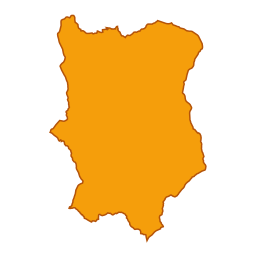 the district of Caldas, Antioquia, Colombia
{"feature_id": "7082276B42449949359128", "entity_name": "Caldas", "entity_type": "district", "adm_level": 2, "iso_a3": "COL", "parent_name": "Colombia", "parent_adm1": "Antioquia", "projection": "natural_earth1", "projection_center": [-75.63, 6.049], "detail": "fine", "context": "isolated", "style": "filled", "palette": "amber", "viewbox_px": 256, "rotation_deg": 0, "n_neighbors": 0, "source": "geoboundaries", "source_scale": "gbopen_adm2", "svg_char_len": 5712}
<svg xmlns="http://www.w3.org/2000/svg" viewBox="0 0 256 256"><path d="M175.1,196.8L177.2,195.6L177.6,194.9L178.4,194.1L178.7,193.4L181.7,189.6L183.5,187.9L184.3,186.7L184.8,185.2L185.9,183.6L187.8,181.8L188.6,181.4L189.6,180.4L191.0,178.6L191.6,178.1L192.1,177.1L194.1,176.4L195.0,175.3L196.0,174.7L196.7,173.9L197.7,173.6L202.0,171.1L205.0,170.0L205.5,169.0L205.7,167.6L205.9,166.5L205.7,165.6L205.4,164.9L204.5,163.9L203.4,162.1L203.5,160.6L202.9,159.3L203.0,158.3L203.9,156.5L202.7,152.7L202.1,151.8L201.7,149.9L201.4,148.0L201.6,147.3L201.5,145.8L201.7,144.5L201.6,143.6L201.3,142.7L200.7,141.8L200.6,140.9L200.9,140.3L201.1,137.8L200.8,135.8L200.1,134.2L199.5,133.4L199.0,133.4L198.5,132.9L197.6,133.0L194.7,129.5L193.2,128.9L193.0,127.4L192.7,126.5L192.2,125.7L191.4,123.9L190.8,122.9L190.5,121.4L189.9,119.7L189.9,118.6L189.6,113.1L189.8,111.6L191.4,108.7L191.6,107.8L191.5,107.3L190.1,104.6L189.1,103.6L187.2,102.2L185.9,100.8L185.6,100.1L185.2,98.3L185.0,96.3L184.6,95.3L184.2,94.5L182.6,93.0L182.5,92.5L183.4,88.0L183.6,86.3L184.2,84.1L183.7,82.2L183.8,81.9L184.0,81.5L185.7,80.1L186.0,79.5L187.0,74.7L188.3,70.4L188.7,69.9L189.7,69.1L191.8,68.1L192.4,67.5L193.4,66.0L193.7,65.2L193.9,62.3L194.5,60.9L194.8,59.1L198.0,54.3L198.6,52.5L199.3,51.7L199.8,51.5L200.3,50.9L200.8,49.5L202.2,48.8L202.5,47.6L202.5,46.2L202.1,43.6L198.4,36.1L197.4,35.0L192.2,31.5L190.9,31.2L189.2,31.2L186.6,30.7L183.9,28.9L180.1,28.0L178.9,26.8L177.3,26.5L175.6,25.7L173.1,24.9L171.8,23.2L171.5,22.9L170.3,23.5L169.6,23.6L168.3,23.8L167.4,23.7L166.1,23.5L157.6,20.6L157.2,21.2L156.1,21.9L154.9,22.9L153.4,23.3L152.2,24.1L148.0,24.1L147.3,24.4L146.3,25.6L145.7,27.3L144.4,28.5L142.6,29.1L141.9,29.0L141.2,29.4L140.5,30.1L139.8,31.2L138.8,31.1L136.4,32.3L135.1,32.0L133.6,32.4L132.6,33.8L131.3,34.5L130.5,35.3L130.1,35.5L127.4,35.2L125.7,36.8L125.3,37.5L122.9,35.9L121.6,35.8L120.3,33.3L120.1,32.5L119.6,31.8L119.0,31.6L117.7,29.6L118.1,29.0L117.5,27.4L117.5,26.4L116.8,26.5L116.5,26.7L115.5,28.3L115.4,28.8L114.9,28.6L113.9,29.1L112.7,28.9L112.2,29.1L111.8,29.1L111.3,28.7L110.8,28.6L110.2,28.2L109.3,28.0L108.4,28.1L108.1,27.9L106.7,27.7L107.2,28.2L106.6,28.2L106.5,28.5L107.9,29.1L107.8,29.3L107.5,29.6L105.4,29.2L104.6,29.5L102.5,29.7L102.5,30.8L102.9,32.0L102.1,32.4L101.3,32.5L100.8,32.3L100.1,32.3L97.7,31.0L97.3,31.1L97.3,32.0L97.0,32.3L96.7,33.2L94.8,33.2L93.7,33.8L92.8,33.7L92.1,33.0L89.2,33.4L86.7,33.4L85.9,33.0L84.4,31.6L83.3,30.9L82.7,30.7L81.5,30.9L80.9,30.8L80.8,29.4L79.8,29.0L78.6,28.1L78.1,26.5L77.9,24.5L76.5,23.2L75.2,22.3L74.8,20.1L74.8,17.7L74.5,16.7L73.7,15.5L72.3,15.4L71.5,15.5L71.1,15.7L69.9,17.6L69.7,17.8L67.5,17.0L66.2,17.1L64.5,18.9L62.9,19.4L61.4,20.2L61.1,21.0L61.0,21.9L61.1,25.5L59.9,30.5L59.4,31.7L58.8,32.6L57.8,33.3L57.7,33.6L57.6,34.3L57.9,36.5L58.5,38.6L59.2,41.9L59.6,43.0L62.6,49.1L63.4,53.3L64.0,55.2L65.2,57.1L65.2,57.7L64.7,59.9L64.0,61.5L63.4,62.3L62.1,63.3L61.1,64.4L60.4,65.4L60.1,66.2L61.6,70.0L64.3,75.1L65.4,76.8L66.5,80.2L67.2,81.8L67.5,82.2L67.7,84.3L67.9,85.2L67.9,86.9L68.1,88.7L67.8,90.2L66.6,92.6L66.6,93.2L66.8,94.3L68.1,97.4L68.1,98.3L67.5,99.6L68.6,102.2L68.7,102.7L68.6,104.3L68.9,105.0L68.9,106.3L69.4,107.1L68.9,108.0L68.3,108.6L68.2,109.2L68.0,109.5L67.7,110.4L66.3,111.3L66.1,111.8L66.1,112.2L66.8,113.2L66.4,114.6L66.4,115.5L67.4,117.0L67.3,117.8L67.5,118.9L67.3,119.4L66.3,120.2L64.3,121.2L63.4,121.2L59.7,120.5L55.9,124.8L53.5,128.2L52.7,128.9L51.7,129.1L51.1,129.6L50.9,129.9L50.4,131.8L50.1,132.3L52.0,133.2L54.1,135.2L56.8,137.1L57.9,138.3L58.4,139.8L59.3,141.0L60.7,139.9L61.1,140.2L61.3,141.5L62.5,140.9L63.9,141.3L64.2,141.8L64.6,144.2L65.1,144.6L65.6,145.6L67.5,145.9L68.4,146.9L68.6,148.2L68.8,148.6L70.7,150.3L71.0,152.0L71.3,152.4L71.5,153.4L71.1,154.9L71.1,156.1L72.5,158.1L72.5,159.3L72.8,160.2L74.1,161.8L75.3,162.3L76.1,163.9L76.4,166.2L76.3,167.7L76.5,168.9L78.5,172.6L79.7,176.5L81.4,179.3L82.6,180.4L83.0,181.2L82.5,183.1L80.6,183.8L78.6,185.0L78.0,185.7L75.9,190.1L75.3,193.9L74.5,196.1L74.0,197.9L73.1,200.0L72.9,201.0L72.9,202.1L72.0,204.3L71.9,205.4L71.0,206.2L70.6,206.8L69.6,206.9L69.1,208.3L70.2,208.5L71.1,208.1L71.8,208.3L73.9,207.7L74.7,207.8L75.4,208.1L75.9,208.9L77.3,209.7L78.0,210.5L78.7,211.4L79.6,212.0L80.3,213.2L80.8,213.5L81.5,214.7L82.4,214.7L83.1,215.9L84.1,216.7L84.2,217.8L84.4,218.3L85.9,218.8L88.1,220.2L91.4,222.0L91.8,221.8L92.1,221.1L92.4,220.9L94.2,220.9L95.5,221.4L96.5,220.6L97.0,219.5L98.5,219.3L98.6,218.8L98.3,218.2L98.5,217.1L98.6,215.2L98.9,214.6L99.3,214.4L99.9,214.4L101.2,215.3L102.3,215.6L104.2,215.1L105.7,214.5L106.6,213.9L107.6,213.0L107.9,212.9L109.0,213.3L110.4,213.3L112.0,214.6L112.9,214.9L115.3,213.4L115.8,213.3L116.4,213.6L116.8,213.5L118.9,212.2L120.3,212.4L121.6,212.3L122.3,212.7L122.8,212.8L123.8,213.5L124.8,213.9L125.4,214.5L125.7,215.2L126.7,216.1L126.5,218.0L127.2,218.4L128.2,220.8L129.5,222.5L129.7,223.2L129.8,224.3L130.4,225.5L131.1,226.4L132.3,227.3L133.1,227.7L134.3,229.0L134.7,229.3L135.5,229.3L136.6,229.1L138.1,229.1L139.8,229.8L140.6,231.3L140.7,232.2L140.7,233.4L140.9,233.7L142.5,233.7L143.4,234.5L145.3,234.6L145.9,234.9L146.2,237.0L147.0,240.6L148.4,237.9L149.3,236.8L152.0,234.9L154.5,232.0L156.2,230.7L160.5,228.8L160.7,227.8L161.0,227.4L163.3,226.7L163.3,226.4L162.9,226.1L162.9,225.7L162.5,225.0L162.1,224.7L161.3,223.6L161.2,222.8L160.5,221.9L160.1,221.7L159.8,219.3L159.5,218.3L159.4,217.0L160.0,215.5L161.7,214.8L162.0,214.4L162.2,212.7L162.7,211.7L162.8,210.9L162.6,209.6L162.3,208.7L163.4,205.3L163.2,204.3L163.5,203.7L163.5,203.1L163.1,202.3L163.2,201.8L164.9,199.5L165.1,199.1L165.0,198.8L166.1,197.3L166.6,196.9L167.8,196.6L169.2,196.0L170.5,195.1L171.3,195.1L172.6,196.0L174.5,196.8L175.1,196.8Z" fill="#f59e0b" stroke="#b45309" stroke-width="1.5"/></svg>